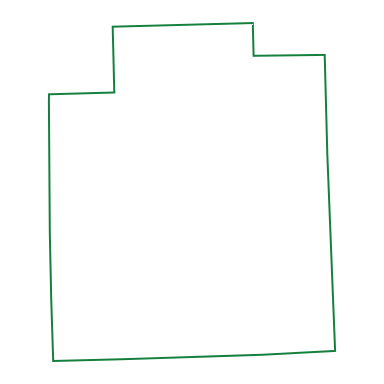 Lapeer, Michigan, United States of America (Natural Earth projection)
{"feature_id": "52423323B42723589239297", "entity_name": "Lapeer", "entity_type": "district", "adm_level": 2, "iso_a3": "USA", "parent_name": "United States of America", "parent_adm1": "Michigan", "projection": "natural_earth1", "projection_center": [-83.274, 43.104], "detail": "fine", "context": "isolated", "style": "outline", "palette": "green", "viewbox_px": 384, "rotation_deg": 0, "n_neighbors": 0, "source": "geoboundaries", "source_scale": "gbopen_adm2", "svg_char_len": 295}
<svg xmlns="http://www.w3.org/2000/svg" viewBox="0 0 384 384"><path d="M53.2,361.0L123.2,359.2L263.5,354.7L335.1,350.9L327.3,153.9L324.7,54.9L253.6,55.8L252.8,23.0L112.7,26.7L114.3,92.5L49.0,94.3L48.9,101.6L49.8,232.6L51.2,298.4L53.2,361.0Z" fill="none" stroke="#15803d" stroke-width="2"/></svg>